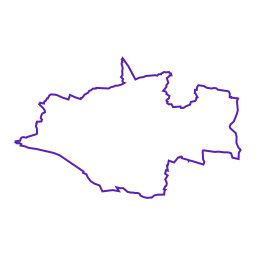 Blanchardstown-Mulhuddart Lea-5, Fingal, Ireland (Robinson projection)
{"feature_id": "5873133B33785826163763", "entity_name": "Blanchardstown-Mulhuddart Lea-5", "entity_type": "district", "adm_level": 2, "iso_a3": "IRL", "parent_name": "Ireland", "parent_adm1": "Fingal", "projection": "robinson", "projection_center": [-6.344, 53.42], "detail": "fine", "context": "isolated", "style": "outline", "palette": "violet", "viewbox_px": 256, "rotation_deg": 0, "n_neighbors": 0, "source": "geoboundaries", "source_scale": "gbopen_adm2", "svg_char_len": 2722}
<svg xmlns="http://www.w3.org/2000/svg" viewBox="0 0 256 256"><path d="M20.6,145.5L25.1,146.4L28.3,147.8L36.5,149.0L53.9,153.0L59.6,155.3L64.5,158.6L83.5,171.5L83.0,172.8L86.3,174.2L87.9,177.5L90.6,181.1L94.4,183.6L99.6,185.5L102.4,191.4L112.7,190.1L119.0,191.2L116.6,187.3L120.1,188.2L123.3,188.2L127.6,191.9L131.0,192.6L133.6,192.6L134.7,193.1L137.5,192.9L139.7,193.9L140.5,195.6L143.7,197.1L147.2,197.9L149.5,197.6L151.6,197.6L154.2,195.5L157.2,194.7L164.1,194.6L164.5,191.0L165.4,189.7L163.8,189.2L165.2,186.4L166.4,185.6L166.8,183.0L165.3,179.3L167.7,175.5L165.1,173.7L166.0,170.2L167.8,170.6L166.9,165.5L167.7,165.5L168.8,160.6L174.1,162.5L178.2,157.4L179.6,157.5L179.9,156.8L181.4,156.6L181.9,157.0L181.9,158.2L188.6,160.0L188.7,160.9L189.2,160.5L190.9,160.7L203.4,164.5L204.3,162.1L203.1,159.2L202.7,151.8L202.9,150.5L203.9,150.4L214.6,151.9L219.1,151.7L223.6,152.3L228.6,152.4L231.1,153.3L232.5,157.7L238.6,159.0L238.8,152.9L240.6,149.9L238.4,147.5L236.4,142.9L236.6,136.8L235.7,133.0L230.4,128.4L229.7,126.7L230.5,124.5L233.8,121.5L236.9,113.8L237.8,110.2L236.9,101.1L238.1,98.5L237.0,98.1L235.6,98.3L234.2,97.9L231.4,97.9L231.3,97.0L229.7,97.2L229.8,93.5L228.7,91.5L228.0,91.2L217.9,89.7L216.2,88.3L214.3,88.0L211.3,88.5L206.5,87.7L204.0,86.1L198.4,85.2L197.2,86.9L196.7,90.0L195.0,89.8L194.8,93.1L195.5,93.4L197.5,97.4L196.3,97.8L196.1,99.8L195.0,101.0L190.9,101.9L190.0,104.7L186.1,106.2L183.5,107.9L180.8,107.9L180.6,106.5L173.0,107.1L171.5,104.2L168.7,104.3L167.1,103.0L167.6,101.9L166.7,101.3L166.5,100.2L169.0,98.2L169.4,95.8L166.4,94.1L166.7,93.1L165.7,91.5L163.2,90.9L166.5,86.7L166.3,85.3L168.3,82.8L166.8,78.0L168.9,76.6L169.5,75.5L171.4,75.4L170.8,73.3L169.7,73.2L168.9,72.0L165.6,72.4L164.2,72.0L161.2,73.6L161.1,74.2L158.6,74.3L157.2,75.6L155.2,75.2L145.9,76.0L143.5,77.1L139.5,77.6L135.4,79.5L128.4,66.3L122.6,58.1L121.9,59.2L122.9,59.6L122.1,60.8L122.3,62.0L121.9,62.0L121.6,63.9L122.7,68.1L122.2,71.2L122.5,75.0L121.0,77.0L123.1,79.2L122.3,81.0L123.5,82.7L124.4,83.0L122.5,84.1L117.9,85.7L115.3,85.7L114.2,86.4L111.1,87.1L108.7,88.5L96.2,87.9L95.9,88.6L92.9,88.6L90.9,90.3L89.1,90.9L88.2,92.6L84.5,94.7L82.3,97.7L81.0,98.0L80.7,99.1L75.4,97.4L70.0,94.9L68.5,99.5L62.2,97.5L57.5,95.3L54.8,94.6L51.0,94.4L49.3,95.5L47.8,98.4L47.2,98.3L45.4,101.2L44.4,101.5L43.9,103.6L40.1,102.7L39.2,104.2L43.6,108.6L44.7,110.4L44.9,112.3L42.2,113.6L41.1,116.1L40.8,118.3L42.0,119.5L41.4,121.5L37.0,121.7L37.2,122.6L36.2,123.3L36.5,124.5L35.8,126.1L36.9,128.3L37.1,133.6L35.7,134.4L26.9,137.1L26.4,137.7L23.4,137.1L22.0,137.4L20.7,138.5L20.2,140.7L15.6,141.3L15.4,142.3L16.3,142.5L16.5,143.1L17.3,142.8L17.6,143.3L18.9,143.3L19.1,142.9L21.3,144.1L20.6,145.5Z" fill="none" stroke="#5b21b6" stroke-width="2"/></svg>